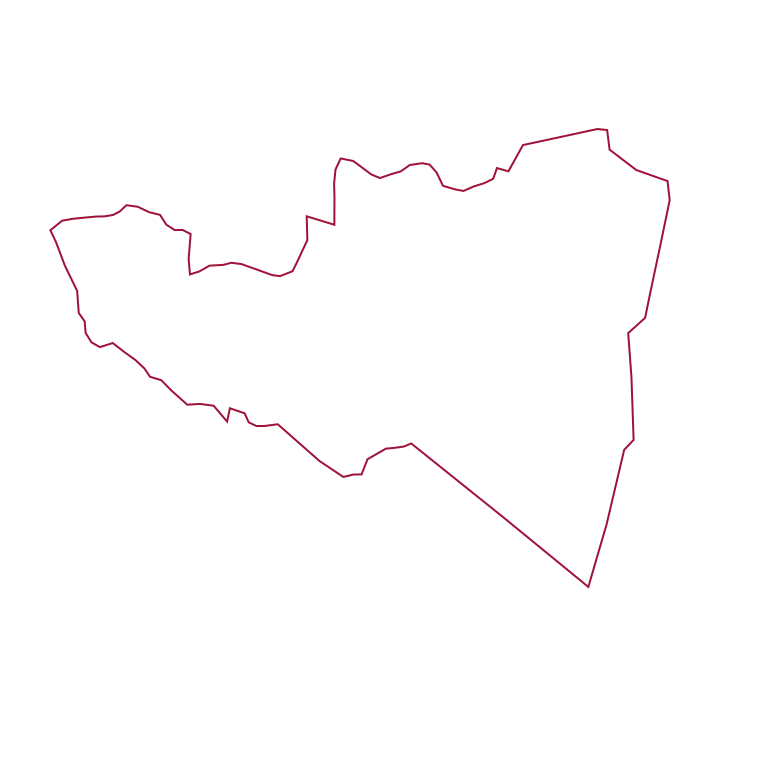 outline of Monte Alegre, Rio Grande do Norte, Brazil, rotated 352°
{"feature_id": "56859067B80124012562494", "entity_name": "Monte Alegre", "entity_type": "district", "adm_level": 2, "iso_a3": "BRA", "parent_name": "Brazil", "parent_adm1": "Rio Grande do Norte", "projection": "equal_earth", "projection_center": [-35.442, -6.114], "detail": "fine", "context": "isolated", "style": "outline", "palette": "rose", "viewbox_px": 768, "rotation_deg": 352, "n_neighbors": 0, "source": "geoboundaries", "source_scale": "gbopen_adm2", "svg_char_len": 1405}
<svg xmlns="http://www.w3.org/2000/svg" viewBox="0 0 768 768"><g transform="rotate(352 384 384)"><path d="M558.1,613.4L584.8,554.2L612.7,482.6L623.4,474.1L630.0,411.6L632.9,367.6L651.8,354.8L660.0,331.7L676.0,287.7L692.5,241.7L693.0,222.5L663.6,207.2L640.0,183.3L640.3,163.6L630.8,161.2L554.9,166.7L536.8,190.7L525.9,185.9L520.7,196.0L511.2,199.1L500.6,200.8L489.6,203.9L482.1,201.4L470.0,196.0L465.5,181.8L459.7,173.1L452.7,170.7L440.1,170.7L430.1,175.8L420.8,177.1L408.7,179.5L400.7,174.8L384.6,158.9L372.5,154.6L365.8,164.9L362.5,178.5L361.0,191.7L357.0,219.4L345.4,214.0L330.8,207.2L328.1,230.9L314.6,251.6L309.1,259.6L296.0,262.7L288.7,260.7L259.5,245.4L249.6,242.7L241.5,243.7L227.7,242.5L216.9,246.8L207.1,248.5L207.9,233.2L213.4,208.6L206.1,203.5L198.1,202.4L190.7,196.0L185.7,185.3L175.4,181.2L164.8,174.2L153.8,171.1L146.3,176.4L139.2,178.9L130.5,179.1L122.2,178.1L109.3,177.5L99.1,177.1L88.0,177.5L75.0,185.3L79.0,198.1L84.5,222.5L93.1,249.1L91.6,271.2L96.3,280.3L95.6,291.8L100.1,302.0L107.7,307.9L121.1,305.7L131.3,316.2L141.2,325.7L149.0,335.4L153.3,344.3L163.9,349.2L172.5,360.8L186.3,377.1L198.9,378.1L212.3,381.8L223.4,399.4L228.0,386.6L241.9,393.6L244.7,403.1L251.7,407.8L259.5,408.9L273.2,409.1L309.5,451.4L330.8,470.4L341.2,469.4L349.2,470.4L357.2,456.2L376.8,448.3L385.4,448.7L394.9,448.7L402.7,446.7L484.5,533.6L558.1,613.4Z" fill="none" stroke="#9f1239" stroke-width="2"/></g></svg>